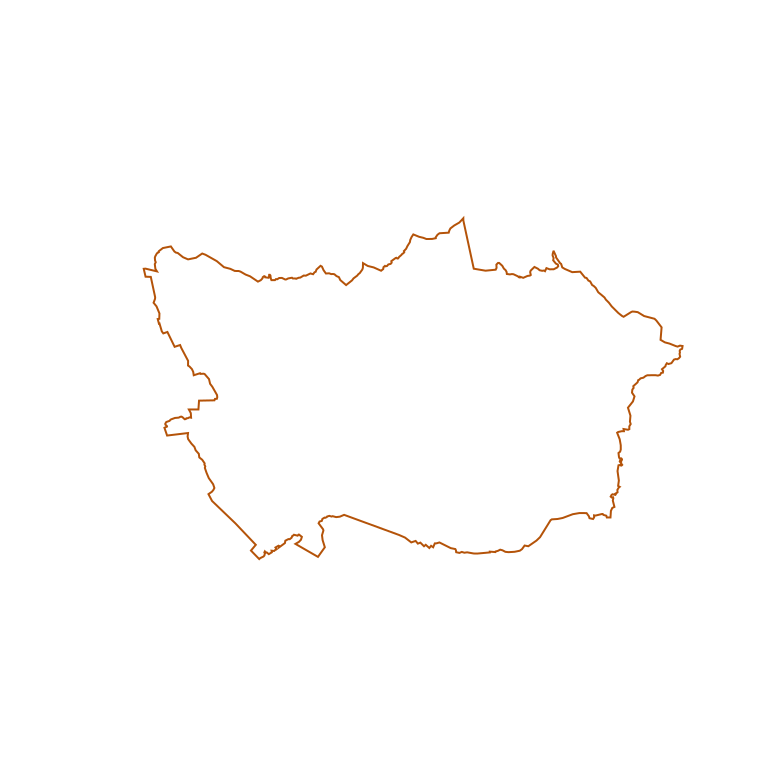 Pomezeu, Bihor, Romania (Robinson projection), rotated 37°
{"feature_id": "2599482B80861460675946", "entity_name": "Pomezeu", "entity_type": "district", "adm_level": 2, "iso_a3": "ROU", "parent_name": "Romania", "parent_adm1": "Bihor", "projection": "robinson", "projection_center": [22.3, 46.795], "detail": "fine", "context": "isolated", "style": "outline", "palette": "amber", "viewbox_px": 768, "rotation_deg": 37, "n_neighbors": 0, "source": "geoboundaries", "source_scale": "gbopen_adm2", "svg_char_len": 6153}
<svg xmlns="http://www.w3.org/2000/svg" viewBox="0 0 768 768"><g transform="rotate(37 384 384)"><path d="M435.0,550.0L428.9,545.6L425.5,542.1L423.8,537.5L422.8,536.7L415.6,534.6L415.3,532.6L416.7,530.8L416.0,528.8L416.9,526.5L417.5,526.3L418.4,524.8L418.3,524.1L419.7,522.2L421.9,521.4L422.5,520.5L425.9,519.1L428.6,516.5L430.9,512.5L486.9,495.5L493.2,494.0L501.1,494.1L503.7,490.3L507.1,491.1L508.5,488.8L513.6,489.5L514.1,487.3L518.9,487.7L519.0,484.9L521.5,484.8L520.5,480.7L521.8,479.7L523.6,477.2L536.1,474.9L540.3,472.9L541.5,473.5L542.9,474.9L545.9,473.5L547.2,471.3L549.7,470.4L551.7,468.4L557.6,465.4L560.4,463.4L569.9,454.8L569.4,454.2L574.1,451.2L573.9,450.6L575.4,448.7L576.5,446.4L578.7,445.5L581.9,445.0L584.6,443.4L589.3,439.4L592.8,435.4L593.6,432.8L593.5,428.4L596.9,426.7L600.0,417.3L600.8,412.4L599.0,392.5L599.5,391.1L603.8,387.4L607.3,383.5L613.1,374.4L617.8,369.4L623.5,365.2L627.2,366.3L628.9,367.5L632.2,366.0L632.1,364.1L630.8,362.5L632.1,361.8L636.1,356.9L636.9,356.2L638.0,356.5L640.8,355.4L642.3,356.5L645.2,354.3L641.6,348.8L640.9,345.6L642.0,343.5L636.9,339.4L635.8,337.1L635.0,336.6L634.2,337.6L632.8,337.5L632.5,335.5L632.9,334.5L635.5,333.3L635.4,332.0L634.9,332.0L635.7,330.0L634.1,328.1L633.8,325.3L634.1,324.3L632.3,324.5L629.7,319.8L622.9,313.0L620.2,307.8L621.4,306.4L622.5,306.5L622.8,305.9L622.2,305.5L622.5,305.1L618.9,304.0L618.6,303.0L619.8,302.8L619.3,302.1L619.7,301.4L619.4,300.9L618.3,300.6L616.8,301.6L615.7,301.0L612.8,298.0L613.3,295.9L612.5,293.8L609.9,290.4L605.5,286.3L599.5,282.6L599.9,281.4L602.2,278.7L604.0,277.3L602.4,275.8L606.4,273.7L607.1,272.4L605.4,270.2L605.1,267.5L603.1,266.1L599.9,261.0L593.1,256.1L593.3,248.1L591.5,243.1L587.3,241.7L585.7,239.0L585.7,236.9L584.4,235.7L585.5,230.1L584.7,227.9L585.2,227.2L585.5,225.1L587.4,222.8L588.1,220.2L589.1,218.5L595.5,213.6L597.7,212.4L599.0,210.6L598.7,208.3L599.9,207.1L599.1,205.6L597.1,204.9L598.1,200.5L597.6,199.5L597.4,197.2L599.2,196.8L601.0,194.4L600.9,190.0L601.9,188.6L603.4,187.7L604.0,186.0L604.1,184.0L601.9,182.1L601.5,180.9L600.2,179.6L599.9,178.2L600.9,176.5L599.6,174.0L597.3,175.2L596.0,177.4L594.3,178.1L587.7,179.9L583.3,181.7L578.3,182.3L571.6,171.7L563.3,169.4L560.8,169.1L550.8,173.2L543.4,173.9L540.5,175.5L538.7,176.7L538.0,178.0L534.9,186.1L533.2,186.4L528.6,186.3L519.2,185.0L514.6,183.7L510.4,183.1L508.0,182.2L499.9,181.8L495.2,179.8L492.4,179.5L490.7,179.7L486.9,178.0L485.0,178.4L481.9,177.4L480.6,178.1L473.1,176.2L467.0,181.4L459.1,183.3L456.2,183.6L453.2,181.5L451.9,181.5L445.3,179.4L444.4,178.4L439.8,175.9L439.5,176.2L440.5,178.7L441.3,179.9L443.6,181.3L444.7,183.4L448.8,184.4L451.0,184.0L452.2,185.0L452.2,186.7L450.5,190.2L447.3,192.7L444.0,193.7L444.7,197.0L443.5,197.1L442.2,198.4L439.8,199.5L437.6,199.3L433.7,200.0L432.9,205.2L433.4,206.7L435.6,208.6L435.3,209.6L433.6,211.3L431.3,215.4L428.0,216.5L428.3,217.2L427.3,217.6L426.3,217.4L421.4,218.4L420.0,219.2L418.6,220.7L415.9,222.2L414.4,220.7L412.6,219.9L410.3,219.7L407.3,218.4L403.1,218.0L402.2,218.7L401.9,221.0L404.0,223.5L404.4,225.5L396.9,232.4L386.3,237.9L349.0,205.7L347.6,203.9L347.0,209.7L344.7,215.1L343.4,219.8L343.8,222.1L344.6,224.2L337.6,230.2L336.9,232.6L337.0,235.7L337.6,236.4L335.1,239.2L330.6,242.7L327.4,243.6L323.5,245.3L317.4,246.9L317.6,250.2L318.3,253.2L319.3,255.1L319.7,259.8L320.3,262.7L319.9,265.9L320.8,266.4L320.8,267.9L320.3,269.0L320.2,270.7L319.6,273.4L319.7,275.2L319.1,275.8L318.0,275.7L317.5,276.3L315.9,281.5L317.1,282.5L317.0,284.1L315.5,285.9L315.4,287.9L314.4,289.1L313.7,289.1L313.3,291.0L314.2,292.7L313.5,295.3L305.6,297.1L300.0,299.5L294.5,300.1L297.2,303.9L297.8,305.6L297.9,310.0L297.4,311.9L297.4,313.5L296.1,318.0L296.1,320.5L294.2,327.8L286.5,327.3L283.7,325.8L281.1,326.4L278.4,326.2L277.1,326.8L275.7,328.0L273.6,328.6L271.1,330.7L267.3,329.5L263.8,327.6L262.2,327.8L261.2,333.2L261.9,335.5L261.3,336.5L261.3,339.0L258.7,340.0L256.4,344.5L254.6,345.7L253.1,349.4L251.9,350.5L250.6,352.7L250.4,352.6L247.6,354.6L246.6,354.5L245.9,355.2L243.9,357.4L243.0,359.3L242.2,360.0L238.7,360.7L236.5,362.4L235.7,364.6L234.6,365.2L234.4,366.7L231.6,368.8L229.9,367.7L228.0,365.7L227.1,365.5L226.6,365.9L227.7,367.7L227.9,368.6L224.9,370.3L224.4,369.8L223.4,370.0L222.9,371.7L223.4,372.8L223.1,375.3L221.7,378.1L212.2,378.6L207.6,379.9L201.8,380.6L200.0,381.2L196.8,383.5L192.0,384.5L185.9,387.0L176.5,386.5L163.7,388.2L160.3,389.2L157.9,396.3L152.5,402.4L147.2,403.7L140.4,403.5L138.7,404.3L136.8,404.3L131.0,402.4L125.6,408.5L124.3,413.2L124.3,414.0L124.8,414.3L124.0,416.3L124.5,419.8L125.0,421.1L126.9,423.2L128.4,424.1L128.8,426.2L132.1,429.6L134.9,430.7L124.1,435.4L122.8,436.6L129.0,441.8L133.3,438.8L149.0,452.4L149.9,453.8L151.1,457.8L155.6,458.9L162.2,462.8L165.3,467.2L164.2,468.3L168.0,471.3L168.3,470.8L174.9,475.7L177.3,476.4L179.7,472.8L194.4,480.3L197.7,475.6L200.4,477.2L213.6,483.4L216.4,487.2L218.2,487.1L221.6,487.7L224.3,489.1L226.8,491.5L230.6,486.1L231.3,486.4L233.8,484.3L234.8,484.0L241.3,485.4L245.0,488.5L248.5,489.5L257.3,493.3L258.8,494.9L259.4,496.4L258.0,497.6L258.4,499.1L246.3,508.6L251.1,516.0L243.5,521.8L247.2,523.5L250.2,527.0L248.7,527.7L247.9,529.4L246.8,530.3L246.8,531.3L246.0,532.1L243.3,531.8L242.0,531.9L241.1,532.7L240.3,534.4L237.5,536.9L235.3,540.3L235.0,541.0L234.9,542.5L233.0,545.4L233.2,547.3L233.8,548.0L235.8,548.2L236.3,548.6L235.0,551.1L241.8,555.7L257.0,541.1L258.8,544.2L260.8,545.9L266.0,547.5L270.4,548.3L273.5,550.3L278.1,551.2L280.7,553.8L284.4,553.9L288.5,555.3L289.1,556.5L290.8,557.3L291.4,558.8L295.7,561.7L300.7,564.6L307.9,566.9L311.1,569.1L311.5,571.2L311.4,573.6L310.1,577.6L317.1,580.9L349.0,584.7L378.4,589.6L378.0,597.1L389.7,598.9L389.9,597.6L391.6,594.3L391.7,592.9L391.0,591.5L390.9,590.8L389.8,590.5L389.6,589.4L391.0,589.8L391.6,589.1L394.4,589.2L395.7,585.9L394.5,584.8L396.7,583.5L397.1,581.6L397.4,581.4L397.4,580.5L395.7,579.9L397.1,576.6L398.1,576.4L398.5,577.7L400.6,570.7L399.5,568.5L401.0,565.4L402.1,564.7L402.7,562.4L402.2,560.4L402.8,559.5L402.8,558.6L406.3,557.1L406.4,555.7L406.7,555.4L410.4,555.5L411.4,558.3L411.1,561.2L409.5,565.0L435.3,561.8L435.0,550.0Z" fill="none" stroke="#b45309" stroke-width="2"/></g></svg>